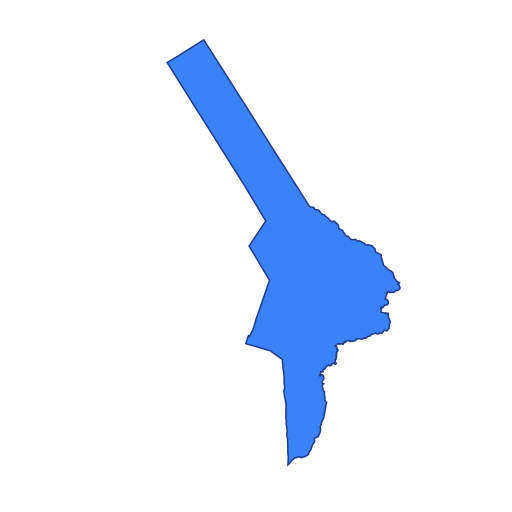 outline of Faasaleleaga I, Fa'asaleleaga, Samoa, rotated 20°
{"feature_id": "51752279B74784353910283", "entity_name": "Faasaleleaga I", "entity_type": "district", "adm_level": 2, "iso_a3": "WSM", "parent_name": "Samoa", "parent_adm1": "Fa'asaleleaga", "projection": "natural_earth1", "projection_center": [-172.223, -13.71], "detail": "fine", "context": "isolated", "style": "filled", "palette": "blue", "viewbox_px": 512, "rotation_deg": 20, "n_neighbors": 0, "source": "geoboundaries", "source_scale": "gbopen_adm2", "svg_char_len": 5350}
<svg xmlns="http://www.w3.org/2000/svg" viewBox="0 0 512 512"><g transform="rotate(20 256 256)"><path d="M400.0,232.0L397.2,231.7L394.5,230.0L394.1,230.0L393.5,229.4L392.7,228.2L390.6,225.1L389.2,224.3L388.4,224.1L385.7,223.7L383.5,222.9L381.6,221.9L379.5,221.3L378.8,220.8L377.8,219.3L376.7,217.7L375.4,215.8L374.0,214.5L373.7,213.9L373.7,212.6L373.2,212.1L372.7,211.9L370.7,211.7L368.6,211.5L367.2,211.5L366.9,211.2L365.2,208.3L363.3,207.8L361.8,206.7L357.2,207.1L356.2,208.3L355.6,208.2L353.7,207.0L351.8,206.9L348.8,206.4L347.3,206.5L346.9,207.1L345.6,207.4L344.0,206.2L341.4,207.6L340.3,207.9L339.0,207.7L338.0,207.3L336.0,205.9L335.3,206.0L334.6,206.7L334.2,206.6L332.4,205.4L331.2,204.3L329.9,203.6L328.8,202.5L325.9,202.0L324.6,201.9L324.1,201.1L323.5,199.9L322.4,198.7L321.6,198.1L320.7,197.7L320.0,197.7L319.3,197.0L317.9,196.5L317.1,196.7L315.6,197.8L314.4,197.7L312.7,196.9L311.3,195.9L309.8,195.6L308.0,194.9L306.9,194.4L305.7,194.0L304.0,194.1L302.8,193.7L301.5,192.8L300.8,192.8L300.1,191.8L298.9,191.4L298.2,191.9L295.2,192.0L293.9,190.8L292.7,190.6L291.8,191.2L290.1,191.2L288.6,190.6L133.0,70.7L127.6,77.7L120.8,86.3L112.9,96.6L106.3,104.6L139.1,130.1L149.5,138.2L173.7,156.9L201.8,178.8L210.0,185.1L220.9,193.6L253.2,219.8L246.1,249.0L277.0,274.2L277.7,315.3L278.0,319.8L278.3,326.5L277.4,333.1L277.4,333.9L276.2,333.5L276.1,335.2L276.4,341.8L283.3,341.4L293.0,340.8L301.9,340.2L316.3,344.3L316.5,345.2L317.7,347.9L318.9,349.8L319.0,350.9L320.3,353.2L321.9,356.0L322.4,357.2L324.0,360.2L324.5,362.0L325.5,364.9L326.3,366.6L328.0,369.8L328.2,370.9L328.1,372.1L328.4,373.4L330.4,377.3L331.0,378.3L331.6,379.5L332.4,380.5L333.7,382.8L334.1,383.6L335.3,385.9L336.8,390.7L337.6,392.4L337.8,393.3L339.7,398.5L340.9,400.6L341.7,403.2L342.0,403.9L342.6,404.7L343.5,406.5L345.1,409.5L345.4,410.7L345.5,411.7L346.0,413.4L346.4,414.2L347.8,416.4L348.4,417.7L350.3,422.2L350.6,423.1L351.7,425.9L352.0,426.8L353.1,429.7L354.1,431.7L354.8,433.4L355.7,435.7L356.0,437.0L357.5,441.3L358.3,439.4L359.5,435.9L360.4,434.4L360.9,433.3L362.1,432.1L362.9,431.8L363.5,431.1L364.2,430.4L365.1,430.0L366.1,429.9L366.8,429.6L367.6,430.2L368.2,429.5L368.9,428.9L371.0,427.6L371.5,426.5L372.0,426.2L372.7,425.2L373.1,424.1L373.1,422.8L372.7,421.5L373.2,421.2L373.7,420.0L373.8,418.3L373.7,416.3L373.4,414.7L374.0,413.3L374.7,410.3L373.2,407.5L374.9,405.8L376.3,404.3L376.5,400.9L376.4,398.1L374.6,394.3L374.8,392.1L374.6,388.2L375.0,385.4L374.5,381.9L373.1,373.8L372.5,371.5L372.4,369.4L370.7,368.5L369.9,367.7L369.4,365.9L368.7,364.5L367.7,363.0L366.7,360.1L365.2,359.4L364.5,358.4L364.0,357.3L363.3,356.4L362.7,355.0L362.6,354.0L363.3,353.0L362.6,353.0L361.6,352.8L361.4,351.7L361.2,350.4L361.3,349.4L361.8,348.3L361.1,346.8L360.3,345.7L359.2,345.0L358.2,345.1L357.9,345.7L357.3,346.8L356.4,346.3L356.5,345.7L356.9,344.2L356.6,343.2L356.3,342.7L357.3,342.4L357.8,342.4L358.4,342.1L358.6,341.4L357.9,340.9L358.4,338.8L359.0,339.0L359.5,338.0L359.7,337.4L359.6,336.4L360.2,335.2L360.8,334.3L361.2,334.2L361.7,333.4L362.5,334.1L363.3,333.8L364.3,332.6L363.9,331.7L364.5,331.0L365.4,330.6L365.6,330.0L366.2,329.7L366.7,330.4L367.0,330.0L367.7,330.5L368.3,329.6L368.0,329.3L367.4,329.6L366.4,328.7L366.7,327.8L365.7,326.9L365.7,326.5L366.4,325.8L366.3,324.3L366.0,323.8L366.2,323.0L365.6,322.5L365.1,321.8L365.5,321.2L365.4,320.3L364.6,319.6L364.5,319.1L364.9,318.5L364.9,317.9L365.3,317.5L365.2,316.2L364.9,316.1L364.2,316.3L363.4,315.7L363.7,315.1L363.6,314.6L362.9,313.8L362.5,313.7L361.9,313.1L361.3,313.7L361.1,313.3L361.9,312.3L362.4,310.9L362.9,310.3L363.4,310.2L363.9,310.4L364.2,310.0L364.9,309.8L365.2,310.2L365.6,309.8L366.3,309.4L367.2,308.7L367.9,309.3L368.2,308.9L368.5,306.3L369.0,305.9L369.6,306.4L369.8,305.9L369.9,304.8L370.8,304.3L371.2,304.3L372.2,303.5L372.7,303.5L373.2,304.0L373.9,303.6L374.6,303.9L375.8,303.2L376.3,303.0L377.6,302.2L378.2,301.7L378.6,300.8L378.4,300.0L379.4,299.6L379.7,299.0L380.3,299.0L381.4,298.2L382.0,298.1L382.7,298.3L383.3,297.9L383.9,297.9L384.7,297.6L384.9,297.0L385.5,296.0L386.2,296.2L386.6,295.7L387.8,295.4L388.1,294.8L388.1,294.1L388.5,293.3L389.9,292.6L390.5,292.2L391.3,290.4L391.7,289.9L392.6,289.2L394.9,287.7L395.5,287.8L396.2,287.5L396.5,287.8L397.4,287.5L398.1,286.9L399.0,285.8L399.4,285.5L400.5,285.6L401.0,285.2L401.5,283.1L401.6,282.0L401.9,281.8L403.4,281.8L404.2,281.6L404.7,281.7L404.9,280.4L405.5,279.2L405.7,278.5L405.6,277.7L405.2,276.7L405.1,275.8L404.6,274.0L404.8,273.2L404.8,272.1L404.4,271.4L403.3,270.4L402.8,269.5L402.0,268.9L401.6,269.0L400.9,267.2L400.2,266.0L400.0,264.7L399.4,264.6L398.8,265.1L398.4,265.3L396.8,265.1L396.2,265.9L394.3,265.7L393.8,266.0L392.6,266.2L392.3,265.6L392.3,264.4L391.9,263.5L391.4,263.0L391.1,262.3L391.7,262.3L392.0,262.0L392.1,261.3L391.8,261.0L393.0,260.7L393.3,259.9L393.6,258.3L394.5,257.8L395.7,257.3L396.3,256.5L396.5,255.6L396.4,254.7L396.1,254.0L395.1,252.8L394.5,252.5L393.8,252.4L392.7,251.9L392.1,252.2L392.2,251.5L392.0,251.0L391.9,250.3L391.8,248.2L392.1,247.6L391.8,246.9L391.0,246.4L391.2,245.3L392.0,245.6L392.1,244.9L392.4,244.6L393.3,243.7L394.1,244.5L394.7,244.5L395.2,243.8L395.7,243.6L396.0,243.8L398.1,242.8L398.5,241.9L399.0,241.1L400.3,240.2L400.5,240.3L401.2,239.7L402.0,238.4L402.4,237.4L402.4,237.0L401.4,235.5L399.9,234.0L398.9,233.9L399.6,233.0L400.0,232.0Z" fill="#3b82f6" stroke="#1e3a8a" stroke-width="1.5"/></g></svg>